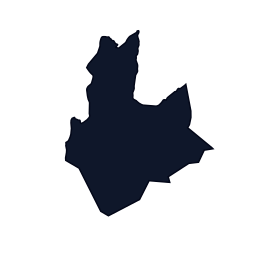 the border of Gbapolu, rotated 130°
{"feature_id": "LBR-1459", "entity_name": "Gbapolu", "entity_type": "County", "adm_level": 1, "iso_a3": "LBR", "parent_name": "Liberia", "parent_adm1": "", "projection": "orthographic", "projection_center": [-10.534, 7.419], "detail": "fine", "context": "isolated", "style": "filled", "palette": "ink", "viewbox_px": 256, "rotation_deg": 130, "n_neighbors": 0, "source": "natural_earth", "source_scale": "10m", "svg_char_len": 2729}
<svg xmlns="http://www.w3.org/2000/svg" viewBox="0 0 256 256"><g transform="rotate(130 128 128)"><path d="M57.4,111.8L74.6,90.8L79.5,86.6L85.6,83.3L86.5,83.0L89.5,82.5L89.2,51.1L89.3,49.6L96.0,55.4L108.9,52.0L116.0,58.7L139.5,65.9L142.8,61.1L154.8,78.0L175.3,73.2L207.8,86.6L209.3,95.3L190.2,139.7L192.8,154.9L191.0,156.6L186.2,159.4L184.1,161.0L181.6,164.1L181.0,164.6L180.2,165.0L179.6,165.7L179.0,166.2L178.3,166.0L177.6,165.7L176.8,165.5L176.0,165.5L175.2,165.6L172.2,166.5L169.5,167.7L164.7,171.0L160.7,175.0L158.5,176.6L156.5,177.0L155.1,176.3L154.7,176.1L154.4,175.9L154.3,175.6L154.5,175.3L154.8,175.1L154.9,174.8L154.9,174.5L154.5,173.2L154.3,172.7L154.0,171.3L153.7,170.8L153.4,170.4L153.1,170.0L153.2,169.5L153.5,169.0L154.1,168.5L154.4,168.1L154.6,167.4L154.6,167.0L154.5,166.7L154.3,166.5L152.5,165.7L148.0,164.6L144.6,164.5L143.3,165.1L142.9,165.5L141.8,166.9L133.3,173.7L132.7,174.6L131.5,177.0L129.4,179.7L125.4,184.0L124.4,184.7L123.4,185.0L122.4,185.2L121.5,185.2L118.1,184.6L117.7,184.6L116.7,184.9L112.4,186.8L111.1,187.6L110.3,188.3L110.1,188.7L110.0,189.2L109.8,192.1L109.4,194.3L108.3,198.4L104.5,199.3L90.3,199.3L83.6,201.9L82.6,202.6L81.3,203.7L80.2,204.5L78.9,205.2L76.6,206.2L75.5,206.4L74.7,206.3L73.8,205.5L72.9,204.4L72.4,203.7L72.2,203.2L72.0,202.7L71.7,202.3L70.8,201.5L70.6,200.7L70.7,200.4L71.0,199.6L71.0,199.2L70.8,198.3L70.9,197.9L71.2,197.4L71.3,196.9L71.1,196.4L70.8,195.9L70.5,195.0L70.5,194.6L70.6,194.3L70.8,193.9L70.9,193.4L71.1,193.0L71.3,192.1L71.4,191.7L71.3,191.3L71.1,190.9L70.9,190.4L70.8,190.0L70.8,189.6L71.1,189.4L71.6,189.4L73.6,189.4L74.0,189.3L74.1,189.1L73.8,188.8L73.6,188.5L73.5,188.2L73.5,187.6L73.3,187.1L72.6,186.4L64.6,184.8L64.0,184.8L63.3,184.8L60.9,185.4L58.2,185.6L56.7,185.5L49.5,182.9L48.6,183.0L47.7,183.3L46.7,182.4L47.1,181.7L48.0,181.1L48.9,180.8L50.5,180.5L51.4,179.8L52.2,178.8L53.7,176.5L54.9,175.0L55.6,174.7L56.0,174.3L56.9,173.5L57.3,173.1L57.9,172.8L60.0,172.1L60.6,171.8L61.1,171.4L62.2,170.1L62.8,169.6L65.1,168.3L65.7,168.1L67.0,168.2L67.6,168.0L68.1,167.7L68.5,167.2L69.5,166.4L70.6,165.8L70.9,165.5L71.2,165.1L73.2,161.7L73.7,161.1L74.3,160.5L76.9,158.7L77.3,158.2L77.7,157.8L78.2,157.3L78.8,157.0L79.5,156.8L82.6,156.2L91.9,150.4L93.8,148.7L94.4,148.4L95.0,148.1L97.7,147.2L98.2,146.9L98.7,146.4L99.1,146.0L100.0,145.1L101.7,143.9L102.3,143.0L102.4,142.1L101.8,139.2L101.9,138.1L101.9,135.5L101.4,132.8L101.0,131.6L100.7,131.0L93.2,120.5L92.0,119.6L90.7,119.0L88.1,118.7L86.1,118.7L83.9,118.9L83.1,118.5L82.0,116.8L80.1,117.1L79.4,117.3L70.2,115.5L69.1,114.7L68.8,114.5L68.5,114.5L66.7,114.9L65.9,114.9L65.5,114.8L65.1,114.6L64.7,113.7L64.2,113.3L63.7,113.1L59.1,112.0L57.4,111.8Z" fill="#0f172a" stroke="#020617" stroke-width="1.5"/></g></svg>